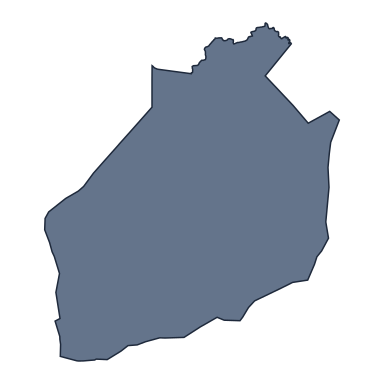 the district of Zapotitlán Lagunas, Guerrero, Mexico
{"feature_id": "50627088B79587676431474", "entity_name": "Zapotitlán Lagunas", "entity_type": "district", "adm_level": 2, "iso_a3": "MEX", "parent_name": "Mexico", "parent_adm1": "Guerrero", "projection": "albers", "projection_center": [-98.37, 17.786], "detail": "fine", "context": "isolated", "style": "filled", "palette": "slate", "viewbox_px": 384, "rotation_deg": 0, "n_neighbors": 0, "source": "geoboundaries", "source_scale": "gbopen_adm2", "svg_char_len": 4745}
<svg xmlns="http://www.w3.org/2000/svg" viewBox="0 0 384 384"><path d="M83.4,360.9L90.7,360.3L94.7,360.0L96.2,359.1L107.2,359.6L121.0,351.1L128.0,345.6L137.2,344.9L145.6,341.7L159.8,337.8L164.9,338.0L184.0,337.4L200.3,326.9L217.1,317.3L224.2,320.2L240.0,320.7L242.6,317.3L248.5,307.5L254.6,300.9L257.7,299.4L281.0,288.2L292.6,282.4L307.7,280.1L314.5,264.3L316.9,256.8L321.6,251.0L328.5,238.2L325.8,222.0L329.0,187.4L328.0,167.5L329.3,153.5L330.7,142.3L339.3,120.0L329.7,111.4L308.2,123.2L293.1,105.5L265.2,75.9L291.3,43.8L291.0,43.2L290.8,42.9L290.4,42.7L290.1,42.6L289.9,42.7L289.7,42.9L289.5,43.2L289.4,43.3L289.2,43.5L288.9,43.6L288.7,43.3L288.7,43.1L288.8,42.9L289.0,42.4L289.1,42.2L289.3,41.9L289.5,41.7L289.7,41.4L289.9,41.1L289.9,40.9L289.8,40.7L289.7,40.2L289.6,39.8L289.5,39.6L289.2,39.4L288.9,39.5L288.7,39.9L288.5,40.0L288.3,40.1L288.1,40.0L288.0,39.8L288.0,39.6L288.0,39.4L288.0,39.2L288.2,38.9L288.2,38.6L288.2,38.2L288.0,37.8L287.8,37.6L287.5,37.4L287.2,37.4L286.8,37.6L286.7,37.9L286.4,38.0L286.2,38.0L286.0,37.8L285.9,37.5L286.0,37.2L285.8,36.8L285.5,36.5L285.1,36.6L284.9,36.7L284.6,36.9L284.3,37.0L283.9,37.4L283.5,37.5L283.2,37.7L282.8,37.9L282.6,38.1L282.3,38.4L282.0,38.6L281.6,38.7L281.4,38.6L281.1,38.5L280.9,38.1L280.7,37.8L280.6,37.5L280.3,37.0L280.0,36.8L279.6,37.1L279.4,36.8L279.0,36.6L278.7,36.3L278.6,36.1L278.6,35.8L278.5,35.6L278.5,35.3L278.5,34.9L278.6,34.7L278.7,34.3L278.6,33.9L278.6,33.5L278.6,32.8L278.5,32.2L278.2,31.9L277.9,31.7L277.6,31.5L277.2,31.6L276.9,31.6L276.3,31.6L275.8,31.3L275.5,31.1L274.9,30.8L274.7,30.6L274.6,30.4L274.4,30.1L274.4,29.9L274.3,29.3L274.3,28.9L274.1,28.5L273.9,28.0L273.7,27.7L273.3,27.5L273.0,27.6L272.8,27.7L272.7,27.9L272.6,28.1L272.6,28.3L272.3,28.4L272.0,28.5L271.8,28.5L271.5,28.4L271.1,28.4L270.7,28.5L269.7,28.8L269.5,28.7L269.1,28.6L268.9,28.4L268.6,28.0L268.5,27.7L268.4,27.4L268.1,26.8L267.9,26.2L267.8,25.7L267.7,25.2L267.6,24.7L267.4,24.3L267.1,24.0L266.8,23.7L266.4,23.3L265.9,23.1L265.5,23.0L265.2,23.3L265.1,23.5L265.1,24.3L265.0,24.8L265.0,25.4L264.9,25.9L264.8,26.2L264.6,26.3L264.3,26.4L263.9,26.5L263.6,26.6L263.2,26.6L262.9,26.7L262.5,26.8L262.2,26.9L262.0,27.0L261.4,27.1L260.7,27.1L259.2,27.4L258.7,27.4L258.1,27.5L257.7,27.5L257.3,27.6L256.9,27.7L256.5,27.9L256.4,28.0L256.2,28.3L256.1,28.6L256.1,28.9L256.0,29.4L256.0,29.8L255.8,30.2L255.4,30.5L255.1,30.8L254.8,31.0L254.5,31.2L254.3,31.3L254.0,31.3L253.6,31.4L253.2,31.4L252.6,31.6L252.1,31.7L251.7,31.9L251.3,32.0L251.0,32.2L250.9,32.6L251.1,33.0L251.3,33.5L251.7,34.0L251.8,34.6L252.1,35.1L252.3,35.6L252.4,36.0L252.2,36.1L251.8,36.2L251.5,36.2L251.1,36.2L250.8,36.4L250.3,36.4L249.9,36.8L249.4,36.6L248.9,36.8L248.5,37.1L248.2,37.6L248.2,37.9L248.0,38.2L247.7,38.8L247.5,39.2L247.2,39.6L247.0,39.9L246.6,40.2L246.2,40.5L245.7,40.7L245.2,41.0L244.8,41.2L244.3,41.2L243.7,41.4L243.2,41.5L242.8,41.6L241.7,41.9L241.1,42.0L240.6,42.0L240.1,42.2L239.5,42.3L238.6,42.5L237.5,42.5L236.3,43.0L236.0,43.1L235.6,43.3L235.2,43.5L234.5,43.8L233.8,43.9L233.6,43.8L233.5,43.6L233.4,43.3L233.3,43.0L233.2,42.6L233.2,42.2L233.3,41.8L233.4,41.3L233.4,40.7L233.3,40.0L233.0,39.6L232.4,39.7L231.7,39.3L231.2,39.1L230.6,38.9L230.1,38.8L229.5,38.7L228.8,38.8L228.3,38.9L227.8,39.2L227.6,39.5L227.4,39.8L227.0,40.1L226.4,40.4L225.6,40.6L225.0,40.7L224.3,40.7L223.8,40.7L223.4,40.2L223.0,40.0L222.6,39.8L222.4,39.3L222.2,38.9L222.0,38.4L221.7,37.9L221.0,37.8L220.3,37.9L219.9,37.9L219.4,37.9L218.8,37.9L218.3,38.0L217.7,38.1L217.3,38.2L216.3,38.2L215.8,38.1L215.3,38.0L215.2,38.4L215.0,38.8L214.5,39.4L214.0,39.6L213.8,40.0L213.5,40.5L213.0,40.9L212.2,41.7L211.8,42.2L211.5,42.7L210.8,43.3L210.4,43.9L209.8,44.5L208.8,45.9L207.8,46.5L207.0,46.8L206.0,47.0L205.6,47.3L204.9,48.0L204.7,48.3L204.4,49.3L204.6,49.9L204.9,50.4L205.2,51.0L205.4,51.6L205.4,52.2L205.5,53.2L205.4,53.8L205.4,54.6L205.5,55.2L205.7,55.7L205.9,56.4L205.9,56.9L205.9,57.5L205.7,58.9L205.3,59.6L204.9,59.8L204.4,59.9L203.7,60.1L203.1,60.4L202.6,60.3L201.9,60.2L201.2,60.7L200.5,61.5L200.1,61.8L199.6,62.5L199.1,63.1L198.9,63.8L198.4,64.7L197.8,65.1L197.2,65.5L196.4,65.5L195.0,65.6L193.5,65.7L192.8,66.1L192.2,66.5L192.3,67.5L192.3,68.2L192.6,69.0L192.7,70.0L192.6,70.9L192.6,71.8L192.5,72.4L192.2,72.7L191.4,72.8L191.2,73.7L171.7,71.1L158.3,69.3L157.2,69.1L156.6,68.8L155.8,68.5L155.1,68.2L154.5,67.8L154.0,67.6L153.6,67.0L152.9,66.3L152.5,66.0L152.1,65.7L152.0,79.6L152.0,99.7L152.0,107.2L131.8,130.0L118.9,144.4L118.9,144.5L106.0,159.0L93.5,173.1L83.6,186.5L83.0,187.0L78.3,191.1L67.8,197.2L65.6,198.5L48.7,211.9L45.1,218.4L44.7,229.8L49.6,242.6L52.1,251.8L54.3,256.5L59.5,273.5L55.9,292.4L60.0,318.5L55.1,321.1L59.8,336.5L59.9,339.4L60.6,344.4L60.3,356.4L76.8,360.8L78.7,361.0L83.4,360.9Z" fill="#64748b" stroke="#1e293b" stroke-width="1.5"/></svg>